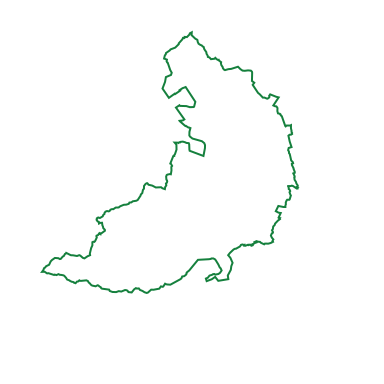 outline of Babeni, Salaj, Romania, rotated 118°
{"feature_id": "2599482B45122304788929", "entity_name": "Babeni", "entity_type": "district", "adm_level": 2, "iso_a3": "ROU", "parent_name": "Romania", "parent_adm1": "Salaj", "projection": "orthographic", "projection_center": [23.391, 47.295], "detail": "fine", "context": "isolated", "style": "outline", "palette": "green", "viewbox_px": 384, "rotation_deg": 118, "n_neighbors": 0, "source": "geoboundaries", "source_scale": "gbopen_adm2", "svg_char_len": 6027}
<svg xmlns="http://www.w3.org/2000/svg" viewBox="0 0 384 384"><g transform="rotate(118 192 192)"><path d="M258.1,127.1L251.9,119.0L248.9,121.2L242.5,121.2L239.0,122.5L235.5,122.9L232.1,127.2L230.8,130.4L228.0,129.9L223.2,128.3L221.9,127.4L221.5,126.6L217.6,124.1L215.7,123.9L214.7,122.9L214.5,121.8L214.0,121.0L214.9,120.8L214.5,119.7L212.4,117.9L212.6,117.7L212.4,117.1L211.3,116.2L211.1,115.6L211.6,114.4L210.9,113.7L209.7,114.2L209.3,113.7L209.5,113.3L208.2,113.2L206.8,111.9L206.6,113.1L205.1,112.0L205.0,111.6L205.4,111.0L204.9,110.5L204.1,108.5L204.5,107.3L204.3,103.7L203.3,103.4L201.8,100.4L200.3,98.8L199.1,97.8L198.4,97.8L197.9,97.1L197.0,98.0L195.7,97.9L194.8,100.1L193.4,101.9L191.1,102.1L190.7,101.6L189.8,101.5L189.3,101.8L188.2,103.4L186.8,103.2L184.3,104.1L182.5,103.5L180.9,103.8L176.9,102.7L174.8,101.7L174.6,102.3L173.7,102.1L173.9,103.5L168.9,103.8L169.6,105.8L169.6,109.0L163.8,109.2L162.3,104.2L161.4,102.5L160.1,103.2L158.9,103.3L157.2,104.3L155.0,104.5L154.1,104.3L153.1,102.4L152.7,102.3L148.6,103.1L148.2,103.9L146.4,105.8L145.1,105.7L144.0,107.1L144.0,107.9L142.0,109.2L142.0,109.7L141.6,109.9L140.4,107.6L139.5,106.8L139.3,105.5L139.8,101.1L138.9,99.7L139.1,101.3L138.3,100.9L138.3,101.9L137.6,101.4L136.6,101.7L135.5,103.8L134.3,104.9L133.0,107.2L131.0,108.6L130.5,108.4L129.7,109.0L128.0,111.3L126.8,110.3L126.0,110.7L123.8,113.3L123.4,113.4L121.3,116.4L120.2,117.1L119.2,116.2L118.3,117.0L117.6,119.2L112.6,123.5L112.2,124.5L110.8,125.4L109.9,126.8L107.7,127.3L105.6,125.2L101.6,129.4L97.0,133.3L95.6,132.7L94.9,131.5L93.9,130.9L93.6,131.3L92.9,131.3L92.2,132.4L91.4,132.7L89.2,134.6L86.5,136.0L87.3,136.6L88.9,139.7L90.1,140.1L89.9,140.7L82.9,148.3L82.7,149.5L82.2,149.9L82.1,150.5L81.8,150.6L81.7,151.2L82.2,153.0L80.5,154.6L77.8,155.9L77.3,156.6L76.8,157.7L77.3,158.9L77.4,160.8L67.8,159.9L68.4,162.4L69.1,168.8L70.9,169.0L71.4,168.4L72.2,168.2L74.1,169.1L74.4,169.8L74.6,172.3L75.4,173.8L75.2,174.3L73.9,178.1L73.5,180.2L68.9,188.7L66.3,188.3L65.8,191.2L58.4,194.9L57.6,195.6L57.2,197.0L58.3,199.6L60.2,202.3L61.1,204.4L60.8,206.9L59.8,210.2L64.9,215.2L66.5,217.6L68.9,220.1L68.9,221.2L68.2,222.8L67.1,223.8L66.3,225.5L64.8,226.9L63.7,227.2L63.3,229.8L62.7,230.5L63.2,231.0L63.2,232.3L62.6,234.4L63.7,234.6L65.8,237.6L65.0,239.8L65.3,241.4L64.3,242.1L63.1,244.1L61.8,245.0L60.2,248.1L58.4,249.9L58.5,251.0L58.0,252.2L58.2,253.7L58.0,255.8L56.7,257.5L55.3,258.5L55.1,259.2L55.1,261.0L53.7,266.0L51.1,267.2L52.9,268.4L54.2,268.2L57.6,269.2L58.5,271.3L59.2,270.9L59.8,271.1L60.2,272.3L61.8,272.2L67.0,273.5L67.7,273.1L72.4,274.6L76.2,277.9L77.4,278.1L81.5,280.2L82.9,279.8L84.1,280.1L87.3,279.3L86.9,276.3L88.5,275.8L89.3,274.7L89.2,274.2L94.6,268.4L96.2,265.9L98.5,265.5L102.8,269.0L107.4,267.5L114.5,266.6L119.7,256.6L113.3,253.4L113.5,252.9L108.4,250.2L108.4,250.7L108.1,250.9L104.8,249.1L102.3,246.9L110.8,231.4L115.7,230.2L116.3,230.6L118.1,233.7L118.8,237.3L121.5,242.8L121.6,243.2L121.3,243.8L125.0,245.8L131.5,232.8L133.1,233.7L135.0,236.4L135.2,236.1L136.8,229.2L136.8,228.6L136.5,228.4L136.8,225.4L136.5,225.0L136.3,223.4L140.1,222.5L143.3,220.9L144.0,219.8L144.6,216.7L142.5,207.1L143.1,204.1L144.5,202.5L147.1,201.2L154.8,198.8L156.7,213.4L155.8,214.2L151.3,216.8L150.4,217.8L151.3,220.0L151.3,221.2L151.8,223.7L153.0,225.5L153.8,225.8L153.9,226.4L155.1,227.0L155.0,227.5L156.5,230.5L157.5,228.0L161.8,225.6L166.6,224.8L167.8,225.0L168.5,224.6L169.1,225.4L177.0,224.5L176.9,224.0L178.3,221.8L179.6,222.0L182.7,220.2L186.3,219.0L186.6,220.0L188.2,221.9L188.9,222.3L190.5,222.1L193.1,220.4L193.5,219.5L194.4,218.8L195.7,218.6L196.7,219.0L198.2,217.8L200.3,218.0L202.2,217.3L202.6,219.9L202.3,221.5L205.0,226.1L205.0,230.1L206.0,233.8L205.2,235.5L205.6,236.2L206.7,236.8L209.2,237.2L211.6,236.0L213.2,236.3L216.3,235.4L218.2,236.0L219.4,235.7L224.6,236.2L225.9,237.1L228.0,239.9L229.7,240.7L230.7,242.3L232.2,242.3L234.1,244.2L235.3,246.2L238.3,248.7L240.1,249.5L241.6,252.1L244.1,253.4L244.7,254.6L245.9,255.7L247.3,255.8L248.2,256.4L248.7,258.1L250.0,259.2L251.7,259.4L252.5,259.0L254.0,259.6L255.4,259.4L258.2,261.1L258.5,262.8L259.1,263.3L259.9,263.2L260.1,263.6L261.4,263.2L262.3,261.5L262.1,260.3L263.5,259.3L262.3,258.5L261.4,257.0L263.7,255.3L264.2,254.5L265.6,253.3L266.2,251.3L267.1,250.7L271.4,252.8L271.5,253.7L272.3,253.2L272.4,254.6L274.0,254.7L275.4,255.8L275.9,255.7L276.9,254.7L280.7,254.5L281.9,254.8L282.2,255.8L283.1,256.4L285.9,254.9L288.9,254.7L294.3,253.3L295.6,252.3L297.7,254.0L301.1,255.8L301.4,257.4L300.6,260.8L300.7,261.9L302.5,263.5L303.7,267.2L304.7,269.3L304.8,274.5L305.6,274.5L306.4,275.1L308.6,275.1L309.7,275.8L312.7,276.5L313.3,277.3L313.2,278.9L314.6,282.1L317.8,283.7L319.6,284.2L323.3,284.0L326.1,286.0L327.6,286.2L328.8,286.9L330.4,286.6L332.9,286.9L331.6,284.7L331.9,281.7L331.1,280.7L330.0,274.8L329.4,274.5L329.0,272.7L327.2,271.3L327.2,269.9L326.5,268.3L325.9,266.2L326.0,265.3L326.9,262.9L327.9,261.2L327.6,258.6L327.8,258.0L327.7,256.0L327.3,254.9L327.2,254.0L327.5,253.6L327.2,252.0L325.1,251.5L324.3,250.4L322.9,250.0L323.0,249.3L322.6,248.3L319.6,243.8L319.5,242.1L320.4,240.7L320.7,239.1L321.2,238.1L321.5,236.9L321.4,235.9L320.5,232.8L318.7,231.6L318.5,230.8L318.9,229.2L318.9,227.9L319.6,226.9L319.6,226.1L317.1,219.3L318.0,218.2L317.6,215.3L316.0,212.0L313.9,210.1L313.1,207.7L310.1,205.2L309.6,204.2L309.4,202.7L310.2,201.1L309.0,198.1L305.1,197.4L303.2,196.4L303.2,195.4L302.1,193.7L302.9,192.0L302.6,189.2L302.8,186.9L302.4,184.6L301.5,183.7L297.4,182.2L296.3,180.0L292.7,175.5L289.9,175.1L289.5,173.4L289.0,173.0L285.6,172.7L285.6,171.6L285.3,170.5L284.0,167.6L274.6,161.4L273.3,160.8L271.2,161.0L270.0,159.4L268.0,158.5L266.7,158.4L266.3,158.8L265.4,158.8L262.5,157.6L249.1,154.9L243.4,145.5L242.2,143.9L241.6,143.7L240.7,142.1L240.6,140.3L241.1,139.0L243.7,134.6L245.6,132.1L245.9,130.9L247.4,129.0L250.2,129.3L252.0,130.2L253.7,132.3L254.2,133.6L254.0,133.9L254.6,134.8L255.7,135.4L257.6,137.3L260.3,137.8L261.9,139.1L263.8,137.2L259.8,133.6L256.1,131.7L258.1,127.1Z" fill="none" stroke="#15803d" stroke-width="2"/></g></svg>